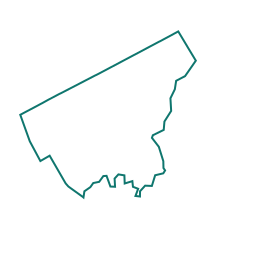 Davidson, North Carolina, United States of America, rotated 240°
{"feature_id": "52423323B73587469313041", "entity_name": "Davidson", "entity_type": "district", "adm_level": 2, "iso_a3": "USA", "parent_name": "United States of America", "parent_adm1": "North Carolina", "projection": "robinson", "projection_center": [-80.266, 35.765], "detail": "fine", "context": "isolated", "style": "outline", "palette": "teal", "viewbox_px": 256, "rotation_deg": 240, "n_neighbors": 0, "source": "geoboundaries", "source_scale": "gbopen_adm2", "svg_char_len": 943}
<svg xmlns="http://www.w3.org/2000/svg" viewBox="0 0 256 256"><g transform="rotate(240 128 128)"><path d="M192.3,73.1L192.4,67.3L192.4,66.4L192.5,64.4L192.6,60.8L193.2,44.7L193.2,44.1L193.3,41.3L165.6,36.3L143.2,35.6L143.2,42.1L143.2,43.7L143.2,46.3L136.0,46.3L111.2,46.3L107.2,47.1L104.7,48.2L92.5,53.7L91.2,54.3L90.1,54.7L95.0,58.6L95.6,65.8L97.7,70.4L95.8,76.1L98.7,82.6L97.3,85.5L86.1,83.5L83.6,87.4L90.9,91.1L92.6,96.5L88.8,101.2L81.6,97.4L79.8,105.2L74.6,102.9L70.3,106.4L65.4,100.5L62.7,104.1L67.2,106.8L69.5,114.0L65.9,119.7L73.5,127.9L71.1,135.9L72.7,138.9L75.6,138.7L81.6,142.0L96.3,145.3L107.5,143.8L109.2,145.8L109.3,145.9L108.5,158.0L115.4,162.8L121.2,173.9L132.5,179.6L138.1,187.9L144.8,193.3L144.4,203.4L152.4,220.4L168.2,220.1L169.4,220.1L186.5,219.8L187.1,199.1L187.2,198.2L189.6,131.4L189.6,130.9L189.8,126.7L189.9,126.2L190.4,115.2L191.7,86.6L191.8,86.2L192.3,73.1Z" fill="none" stroke="#0f766e" stroke-width="2"/></g></svg>